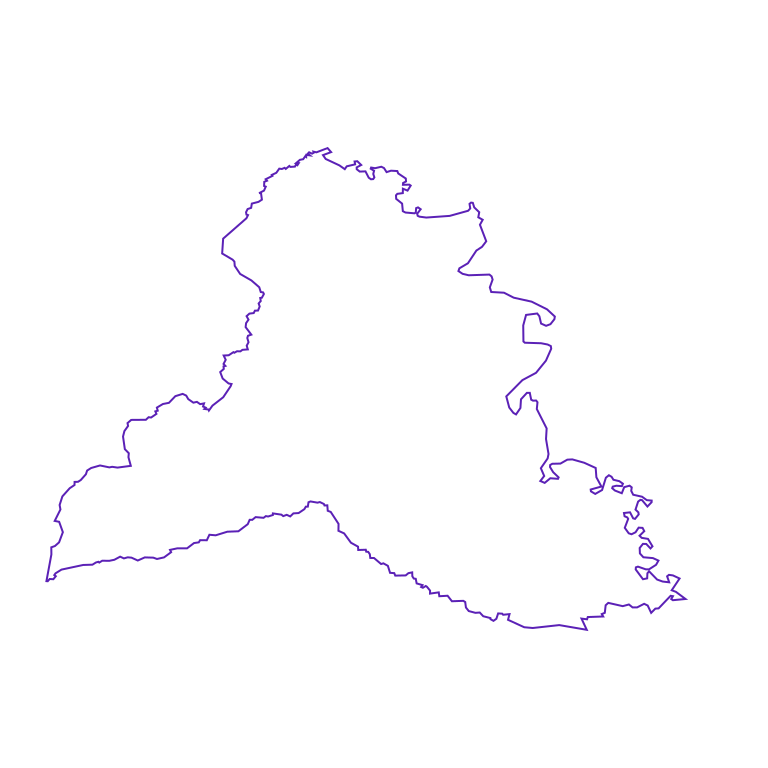 Chonnabot, Khon Kaen, Thailand, rotated 95°
{"feature_id": "78962969B78938265467215", "entity_name": "Chonnabot", "entity_type": "district", "adm_level": 2, "iso_a3": "THA", "parent_name": "Thailand", "parent_adm1": "Khon Kaen", "projection": "equal_earth", "projection_center": [102.548, 16.027], "detail": "fine", "context": "isolated", "style": "outline", "palette": "violet", "viewbox_px": 768, "rotation_deg": 95, "n_neighbors": 0, "source": "geoboundaries", "source_scale": "gbopen_adm2", "svg_char_len": 6145}
<svg xmlns="http://www.w3.org/2000/svg" viewBox="0 0 768 768"><g transform="rotate(95 384 384)"><path d="M583.6,90.9L570.0,80.0L570.2,77.7L573.2,79.1L574.2,77.4L571.9,64.9L565.6,75.1L564.4,79.4L552.0,72.6L549.5,79.5L549.3,83.5L550.9,85.2L556.7,82.6L556.5,89.2L555.0,94.9L547.5,103.6L549.6,105.1L554.7,104.9L555.9,109.0L546.8,117.1L544.7,117.1L543.8,115.1L545.8,107.1L545.5,103.8L540.4,97.2L536.0,95.2L534.0,100.9L534.0,110.5L530.5,114.3L525.1,115.0L520.7,112.1L520.5,108.8L524.6,104.2L522.3,102.4L515.3,107.5L514.8,113.9L512.9,116.2L507.9,111.9L504.8,113.9L504.9,117.8L509.8,120.5L512.1,124.3L511.4,127.2L506.3,131.6L497.1,129.0L495.7,130.0L494.8,132.8L491.6,133.7L490.4,127.7L496.1,124.1L496.5,122.2L491.7,118.9L489.7,119.4L487.2,122.5L479.0,120.6L477.1,118.5L477.2,116.8L483.1,110.9L478.4,107.1L476.8,107.2L476.8,112.1L473.8,117.1L472.6,126.1L468.9,128.4L465.4,128.2L463.9,130.5L465.8,135.7L472.1,137.6L470.0,144.7L467.9,147.6L466.3,147.2L465.1,143.7L465.0,138.1L462.5,137.3L460.3,141.1L459.4,147.1L456.6,149.2L455.3,152.0L458.0,154.8L470.6,157.5L475.1,164.0L472.9,168.5L471.1,168.9L467.2,158.5L458.4,164.3L449.2,165.8L445.0,177.7L442.7,189.8L443.4,194.8L447.9,201.3L448.8,209.4L450.2,211.4L452.2,211.4L457.1,207.8L461.8,201.9L463.3,202.4L463.4,210.1L468.5,215.3L467.0,219.8L461.7,216.4L454.2,220.4L443.9,214.5L439.4,214.0L424.7,217.8L414.1,218.1L395.6,229.6L388.8,229.5L387.2,231.0L387.6,234.1L386.8,236.0L380.1,238.0L380.4,240.9L387.3,246.2L396.0,246.0L402.8,249.8L401.5,252.6L396.5,257.2L385.7,261.1L368.1,246.5L359.6,233.5L346.6,224.7L334.3,220.5L331.7,221.1L330.4,224.4L329.7,231.0L330.6,247.3L329.5,248.8L313.5,250.4L302.8,248.5L300.4,237.5L303.0,235.1L310.1,232.8L311.9,227.6L309.9,223.4L304.6,219.9L301.9,219.7L295.4,228.1L289.1,244.1L286.7,262.3L282.6,272.4L283.0,285.2L278.5,287.0L270.5,284.9L267.4,286.2L265.8,288.5L268.3,309.1L267.4,315.3L265.0,319.7L262.2,319.0L256.4,310.9L243.0,303.6L238.8,298.3L232.9,294.6L217.0,302.3L211.8,300.0L209.7,304.6L204.6,304.1L200.2,309.5L195.8,311.3L195.7,313.1L197.1,314.5L201.6,313.4L204.1,315.3L210.8,333.2L214.5,356.4L214.2,363.3L213.5,365.1L211.5,365.8L206.7,362.7L205.1,365.5L206.0,367.3L210.4,367.3L211.3,368.4L211.3,377.6L210.2,380.3L202.7,381.7L198.5,388.0L195.0,388.5L193.4,387.3L192.2,381.9L187.8,382.2L189.3,377.4L184.0,374.7L183.2,376.1L183.9,382.5L182.1,382.5L180.3,379.7L177.4,380.2L173.0,388.2L170.7,389.3L170.9,395.6L172.7,399.9L168.9,402.8L167.8,405.6L169.8,411.7L169.5,415.7L170.7,416.0L172.4,412.5L175.7,413.0L179.0,411.6L180.8,412.6L181.2,414.8L179.8,417.2L173.8,421.0L174.5,426.7L172.4,429.9L170.6,430.1L167.8,425.8L164.4,430.0L164.9,432.7L167.7,431.9L170.4,440.1L173.4,441.8L170.1,447.5L164.9,461.7L161.3,464.7L157.6,456.9L153.9,460.8L159.1,471.5L158.7,474.5L159.6,474.0L160.8,475.7L159.7,478.8L161.2,480.0L162.7,477.8L162.5,481.4L164.6,481.3L164.0,482.3L167.1,484.1L168.0,487.3L171.5,490.7L171.4,488.2L173.7,489.4L173.2,490.9L175.2,491.7L175.9,496.2L175.0,497.3L178.3,500.6L177.3,501.8L178.7,504.5L178.6,507.1L183.0,509.7L185.5,514.0L186.4,513.3L190.3,519.7L191.7,518.3L193.0,520.9L197.2,520.7L197.7,519.0L201.8,520.4L204.8,525.1L204.4,523.2L211.0,521.7L213.5,524.9L215.8,531.4L220.1,531.7L221.6,535.1L224.9,536.4L227.2,535.8L227.6,534.2L230.9,535.5L253.2,556.9L268.1,556.6L273.3,545.7L275.1,543.7L279.3,543.0L286.9,536.9L292.4,525.1L298.5,516.7L303.1,514.8L303.3,512.4L304.8,511.5L308.7,513.2L309.1,514.8L312.1,514.0L314.7,515.9L317.6,514.6L321.8,515.9L322.2,519.0L324.7,520.0L325.6,524.2L328.4,526.8L331.7,524.6L335.4,526.7L339.4,526.8L346.4,520.5L347.8,523.7L350.1,524.2L354.2,522.6L357.8,524.1L361.4,522.7L362.3,528.0L364.0,529.9L364.2,533.3L365.9,535.8L365.4,536.8L368.9,541.2L369.6,546.2L373.7,543.8L378.0,545.6L379.8,543.6L380.5,545.4L382.9,544.9L386.4,548.2L392.6,545.2L397.0,538.9L397.3,535.9L399.6,536.6L411.2,543.0L420.5,553.0L425.7,556.1L424.7,556.6L424.5,560.7L423.1,559.6L422.2,562.3L419.0,561.6L420.1,565.4L418.1,568.8L419.2,572.3L416.1,577.7L412.8,580.0L411.4,583.7L414.3,590.8L421.5,596.6L423.2,602.5L427.3,608.2L430.3,607.1L431.2,609.4L433.6,608.1L437.7,613.1L437.6,615.6L440.4,618.1L441.8,632.7L445.3,636.1L448.1,635.3L453.5,638.5L459.1,639.4L471.5,636.5L475.2,632.2L479.2,632.2L487.6,629.1L490.5,642.2L490.2,647.6L491.0,650.3L489.9,659.8L493.2,668.4L496.1,672.2L499.9,673.1L506.1,677.7L508.1,680.3L508.5,683.7L511.6,683.5L515.2,688.0L524.0,694.6L532.8,696.6L537.2,695.4L549.1,700.1L549.6,695.6L559.6,691.0L570.1,693.9L574.1,697.7L575.7,701.2L582.8,700.5L609.8,703.1L609.8,701.8L607.4,700.1L607.3,696.4L604.1,694.2L603.1,695.8L601.2,694.7L597.0,689.1L590.5,667.9L589.4,658.7L586.9,655.4L586.0,653.0L586.7,652.1L584.6,649.3L584.1,642.3L582.6,637.3L579.0,631.8L580.4,627.9L579.0,624.2L579.0,620.4L581.3,613.9L577.6,607.2L577.1,598.7L578.1,594.9L575.9,588.0L570.1,581.4L567.9,582.7L565.7,575.5L564.9,565.9L559.0,559.4L557.9,554.7L555.6,553.6L555.1,546.9L549.4,544.8L549.4,538.5L544.8,527.2L543.4,516.2L535.5,507.5L531.0,506.0L530.8,503.4L527.8,500.3L527.8,492.3L525.9,490.2L526.1,487.9L524.2,483.3L522.6,483.4L523.1,474.8L524.4,472.9L522.8,469.5L524.1,465.9L520.8,463.0L520.0,457.8L515.6,452.4L513.0,451.2L512.8,449.2L508.4,448.9L507.4,447.0L508.0,439.9L507.2,437.6L508.8,433.4L510.2,432.7L509.8,429.9L515.2,429.0L516.1,425.9L527.3,417.1L534.2,416.6L536.3,410.7L545.0,403.1L548.3,395.7L551.6,395.2L550.7,387.7L552.6,387.1L552.6,385.1L554.8,383.3L558.5,382.5L558.2,378.8L563.6,371.2L562.7,369.0L564.8,364.3L571.6,361.5L571.5,357.3L573.9,356.1L572.8,345.7L570.3,343.2L569.2,339.5L573.1,339.0L575.2,337.4L575.3,335.4L579.8,334.1L581.0,328.1L583.0,329.3L583.6,327.5L581.6,324.8L582.2,323.6L585.8,320.1L588.8,319.9L586.8,311.3L590.6,310.4L589.4,302.2L594.5,297.4L593.1,286.1L594.1,284.1L599.5,282.9L602.8,279.8L604.0,273.0L603.3,268.7L606.7,264.9L607.9,257.6L609.0,257.4L610.4,254.3L608.1,251.6L602.6,250.3L602.5,246.2L603.5,245.2L602.3,238.9L608.1,239.9L614.1,223.1L614.1,214.5L608.9,188.4L611.2,160.6L600.5,166.8L600.7,161.2L598.4,160.7L596.5,145.4L594.2,147.0L592.7,144.1L585.1,143.9L582.5,141.5L584.5,126.8L582.3,120.8L584.9,116.9L584.5,112.4L580.3,105.7L581.7,102.0L588.7,97.9L584.1,94.1L583.6,90.9Z" fill="none" stroke="#5b21b6" stroke-width="2"/></g></svg>